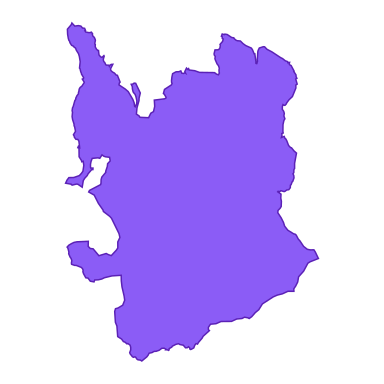 Ilva Mica, Bistrita-Nasaud, Romania (Mercator projection)
{"feature_id": "2599482B62914410963288", "entity_name": "Ilva Mica", "entity_type": "district", "adm_level": 2, "iso_a3": "ROU", "parent_name": "Romania", "parent_adm1": "Bistrita-Nasaud", "projection": "mercator", "projection_center": [24.67, 47.297], "detail": "fine", "context": "isolated", "style": "filled", "palette": "violet", "viewbox_px": 384, "rotation_deg": 0, "n_neighbors": 0, "source": "geoboundaries", "source_scale": "gbopen_adm2", "svg_char_len": 5777}
<svg xmlns="http://www.w3.org/2000/svg" viewBox="0 0 384 384"><path d="M249.2,318.5L251.7,316.7L255.3,312.6L258.8,309.7L262.4,303.9L273.2,296.9L277.3,295.1L282.5,293.8L287.9,291.3L293.9,291.3L293.8,288.8L295.6,286.2L297.7,282.0L298.6,276.8L303.6,271.2L307.9,263.2L310.1,261.8L318.4,258.5L315.3,252.0L313.9,249.8L310.4,249.9L307.3,249.3L303.6,246.4L299.8,240.7L298.3,239.1L296.2,235.1L295.2,234.2L293.6,233.8L287.8,230.2L284.6,226.1L283.5,222.5L281.2,217.9L277.8,212.7L278.0,210.5L280.1,208.3L281.2,206.5L281.4,201.3L280.8,198.2L281.0,194.1L277.7,191.8L278.1,191.3L279.6,191.7L280.9,190.7L284.1,191.6L285.0,191.3L286.7,190.0L288.8,189.7L290.3,187.7L290.4,185.2L291.1,184.7L292.1,181.9L292.7,181.5L294.0,177.9L293.8,175.6L293.0,173.8L293.8,172.6L293.9,169.6L294.6,168.5L294.6,163.3L296.5,153.1L294.0,150.9L291.5,147.8L290.5,147.5L288.6,145.5L286.8,140.8L285.8,138.9L285.0,138.4L284.2,136.4L281.4,137.5L282.0,135.3L281.8,133.5L283.2,133.0L282.9,131.5L283.0,124.6L283.9,120.5L284.9,118.8L283.9,116.0L284.3,113.4L283.7,111.3L282.3,109.3L282.4,106.3L283.0,104.6L284.0,105.3L285.0,105.3L286.3,103.9L286.7,102.9L289.0,99.8L292.4,96.6L295.9,88.0L295.8,85.1L297.2,84.1L295.7,79.0L296.9,78.3L296.1,76.8L296.0,74.9L293.8,71.5L294.1,71.1L291.1,65.5L290.2,65.2L289.2,64.0L289.6,62.4L287.8,62.7L287.6,61.6L285.3,60.8L282.6,58.6L280.6,57.6L271.8,51.8L267.0,49.3L264.6,46.8L263.3,46.7L259.3,48.0L258.1,50.5L257.8,51.9L257.3,59.8L257.5,61.1L256.8,63.6L256.3,63.6L255.9,63.3L255.9,61.4L254.8,53.8L254.2,53.9L252.5,49.8L251.4,48.1L245.8,45.6L243.0,43.6L240.4,41.0L237.2,40.7L235.7,40.0L233.9,38.3L233.8,37.8L231.7,37.5L227.2,34.5L224.8,34.1L224.3,34.6L222.2,34.0L221.4,36.2L222.1,36.4L222.3,38.5L223.2,39.0L222.6,41.4L220.0,44.4L220.3,45.2L220.0,47.7L219.1,49.2L218.0,49.8L215.0,49.9L214.1,53.6L214.2,54.9L215.3,56.6L214.9,58.4L215.2,59.6L217.1,64.0L218.4,65.6L219.3,68.1L219.0,70.0L219.1,72.2L219.4,73.0L218.4,74.8L216.3,74.1L215.7,73.4L214.4,72.6L199.5,72.4L194.7,70.7L189.1,70.0L188.6,68.6L187.7,69.4L186.5,68.1L184.8,71.6L185.5,73.1L184.9,72.7L183.5,73.5L181.7,73.1L180.8,70.9L178.9,71.7L176.1,71.8L174.7,72.5L172.6,73.7L171.9,77.1L171.5,80.7L171.6,82.5L172.1,83.3L171.4,84.9L164.5,89.4L163.4,93.5L164.4,94.4L165.8,96.8L166.1,97.5L165.9,98.1L164.6,98.8L154.3,100.1L154.7,106.4L153.5,111.6L150.8,113.2L148.6,117.7L140.0,117.3L139.0,115.8L136.4,114.1L137.0,107.8L139.0,100.6L139.1,98.1L140.3,93.0L135.7,83.3L134.1,83.1L133.0,84.0L131.2,84.3L132.3,86.6L132.4,88.9L133.0,91.4L133.4,92.4L135.1,94.4L135.9,96.5L136.9,101.0L136.6,103.9L135.2,106.8L134.6,106.3L134.2,103.0L132.9,99.5L128.2,91.6L125.2,89.0L119.0,84.9L119.3,83.1L120.1,82.1L117.4,75.3L116.2,75.1L114.5,73.1L112.5,72.0L110.9,70.5L110.5,68.9L112.8,64.3L111.2,64.4L109.7,65.4L109.3,66.3L108.8,65.2L106.3,65.1L105.7,64.6L104.7,62.4L103.9,61.7L103.5,60.7L103.3,59.3L104.2,56.1L103.9,55.6L102.0,57.4L100.6,56.8L99.0,54.9L98.5,50.5L97.9,50.5L96.5,49.2L95.2,46.8L95.3,44.4L94.9,44.1L94.8,43.3L95.4,40.3L95.1,39.0L94.7,38.7L94.4,37.4L93.1,36.4L92.3,34.5L92.6,33.9L91.7,32.5L91.2,32.1L90.3,32.6L88.7,32.6L85.7,32.0L84.9,30.7L85.5,30.4L84.6,28.3L82.5,28.0L80.9,26.1L78.3,25.6L74.8,26.1L71.9,23.0L71.3,24.6L67.4,29.2L67.6,34.2L68.3,38.4L68.9,40.4L69.5,41.1L70.0,42.8L71.6,45.3L73.6,46.3L74.2,47.3L75.5,48.0L76.3,50.2L78.5,53.7L79.3,56.3L80.2,61.7L79.5,68.1L80.0,68.7L80.8,72.0L81.3,72.9L81.5,74.1L83.6,77.6L83.4,78.6L82.3,79.1L84.0,81.8L84.2,82.6L81.9,86.1L80.1,87.5L79.2,89.1L78.8,91.7L78.5,92.2L78.4,93.9L77.0,95.6L75.8,98.1L75.7,99.3L74.8,100.7L73.2,106.5L72.5,107.9L72.1,110.7L72.5,112.3L72.1,116.6L72.6,119.6L74.0,124.0L74.1,125.8L74.6,126.8L75.5,131.3L73.4,134.8L74.1,135.9L74.4,137.3L75.9,139.3L77.8,139.4L78.9,141.2L79.6,147.3L78.4,146.3L77.8,147.7L78.9,148.1L79.0,148.7L79.1,156.8L81.4,160.4L81.8,161.8L83.2,161.3L83.8,165.4L82.9,171.3L81.4,173.4L79.3,175.6L73.8,177.5L68.9,177.6L67.0,180.1L65.6,183.2L71.2,184.2L71.5,184.8L72.3,185.1L76.3,184.1L77.8,184.2L82.2,187.2L83.3,180.6L84.7,178.3L87.2,175.6L88.1,173.8L91.6,169.7L92.9,169.6L93.0,168.1L90.7,168.0L90.5,167.3L90.5,164.3L91.0,161.6L92.2,158.4L97.9,157.8L99.8,158.3L102.0,154.9L103.8,156.2L105.5,156.8L109.6,157.3L110.2,160.9L107.6,163.7L107.3,166.5L105.7,171.3L105.8,172.3L101.8,177.1L101.1,179.6L101.0,183.2L100.6,184.6L89.5,190.4L88.7,192.0L94.2,195.1L98.4,203.4L103.0,210.0L103.4,211.5L109.8,216.4L111.5,218.3L119.0,233.6L119.9,237.5L117.8,241.9L117.8,248.0L116.3,250.2L111.3,255.6L108.5,254.7L106.2,253.5L98.9,255.7L93.1,248.8L90.3,248.5L88.2,246.4L88.3,241.3L77.0,241.8L74.0,242.4L71.3,243.7L68.8,245.2L67.1,247.1L67.9,248.2L68.9,252.1L68.7,253.8L70.1,257.1L71.1,258.5L71.8,260.6L71.4,263.0L71.6,264.3L74.7,265.4L76.2,265.4L81.3,267.4L82.5,268.7L83.1,270.1L82.9,271.8L83.6,273.8L85.8,277.8L88.0,278.1L90.3,281.2L94.0,281.9L94.7,280.0L98.4,279.8L101.8,279.0L104.5,277.7L112.0,275.9L121.2,275.3L121.3,280.8L122.0,286.9L124.1,296.0L124.7,300.2L122.7,305.2L118.0,308.0L115.5,308.7L114.7,311.4L115.4,322.3L116.9,326.0L117.7,336.6L121.6,339.1L123.4,341.6L124.9,342.1L127.0,343.9L127.9,343.5L130.1,345.2L130.7,347.3L130.7,349.9L129.7,352.6L130.1,353.8L132.4,356.7L133.4,357.3L134.7,356.9L135.6,357.1L136.9,359.1L137.9,359.8L140.3,360.1L141.8,361.0L146.8,356.9L148.1,355.2L149.1,353.2L152.0,352.6L154.1,351.4L156.1,351.3L159.1,350.3L161.8,348.3L164.2,348.2L165.9,349.2L165.6,349.8L167.3,349.8L168.6,350.4L169.0,350.0L169.2,348.6L171.8,347.1L172.3,346.2L176.0,344.3L178.6,343.7L179.8,344.5L183.3,345.2L185.5,347.8L187.3,347.7L188.5,346.7L189.7,347.9L189.9,349.1L190.5,349.5L191.3,349.3L193.8,347.9L194.7,345.4L195.6,344.1L196.1,343.6L197.5,344.1L198.5,342.4L202.1,338.2L203.1,336.3L209.4,330.6L208.4,329.6L208.4,327.3L210.5,324.2L216.0,323.7L221.0,321.5L231.5,321.4L236.7,319.0L242.0,318.5L244.5,317.2L247.9,317.8L249.2,318.5Z" fill="#8b5cf6" stroke="#5b21b6" stroke-width="1.5"/></svg>